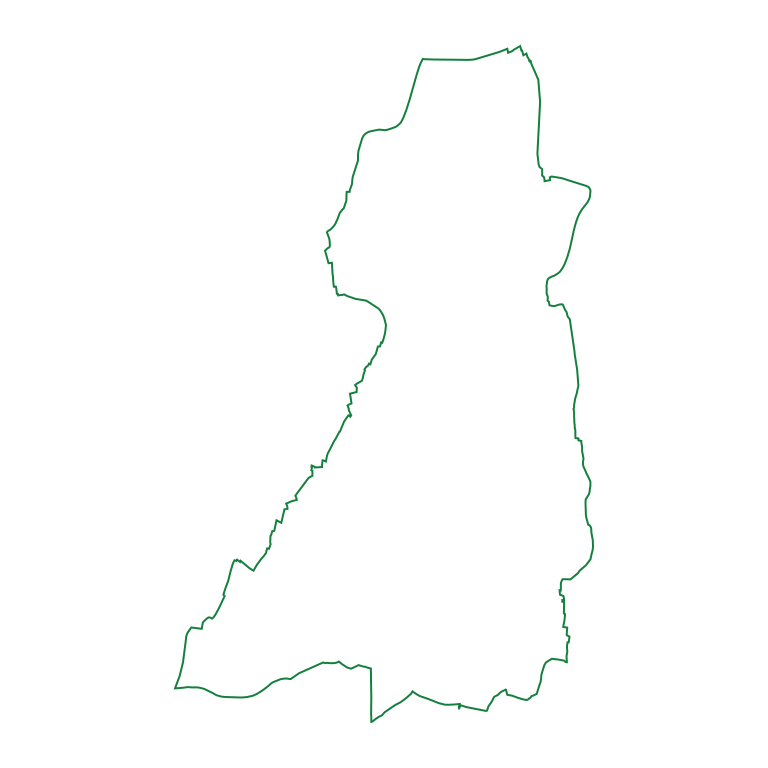 Sena, Phra Nakhon Si Ayutthaya, Thailand (Equal Earth projection)
{"feature_id": "78962969B95009717183464", "entity_name": "Sena", "entity_type": "district", "adm_level": 2, "iso_a3": "THA", "parent_name": "Thailand", "parent_adm1": "Phra Nakhon Si Ayutthaya", "projection": "equal_earth", "projection_center": [100.378, 14.308], "detail": "fine", "context": "isolated", "style": "outline", "palette": "green", "viewbox_px": 768, "rotation_deg": 0, "n_neighbors": 0, "source": "geoboundaries", "source_scale": "gbopen_adm2", "svg_char_len": 6085}
<svg xmlns="http://www.w3.org/2000/svg" viewBox="0 0 768 768"><path d="M538.3,79.7L531.5,64.1L530.6,60.8L530.5,60.7L529.6,61.4L529.4,61.2L528.7,58.9L527.5,57.0L526.4,53.6L523.4,55.3L522.1,50.6L521.5,50.7L520.1,46.1L513.7,49.8L513.1,50.5L511.6,51.4L508.1,52.8L507.3,48.8L499.2,52.0L475.3,59.2L472.8,59.6L469.0,59.9L433.3,59.5L424.3,59.2L422.8,58.9L420.8,62.8L418.9,67.6L416.4,75.6L409.7,99.4L406.5,109.4L403.6,117.1L401.3,121.8L400.6,122.8L397.6,125.7L396.0,126.7L392.8,128.0L387.3,129.8L384.6,130.2L380.3,129.7L378.7,129.7L370.4,131.3L368.3,132.0L366.4,133.1L365.0,134.1L363.3,136.1L362.2,138.3L358.5,150.6L358.0,154.9L358.0,160.2L357.8,161.1L352.7,177.0L352.3,180.0L352.1,183.3L351.9,184.4L350.0,189.6L349.7,191.6L349.6,191.9L346.9,191.8L346.6,192.0L346.4,199.4L346.3,200.8L343.8,208.2L342.3,209.7L339.9,212.7L339.3,214.1L337.6,218.9L335.3,223.9L333.7,226.2L330.5,229.5L328.0,231.0L327.1,232.0L327.0,232.6L329.2,238.4L329.6,240.5L329.9,245.6L329.4,247.3L327.8,248.1L325.0,250.6L326.7,256.4L328.5,263.2L331.9,262.8L332.6,274.7L333.0,276.3L333.2,281.0L333.8,286.6L334.0,286.8L335.8,286.6L336.0,286.8L336.6,291.0L336.8,293.6L336.9,293.8L337.8,293.8L338.1,295.4L342.8,294.8L344.1,294.4L347.4,296.1L355.6,298.9L365.6,300.5L367.1,301.1L378.4,308.5L379.2,309.2L381.3,312.1L382.8,314.7L383.7,316.8L384.3,318.5L386.0,325.1L385.3,331.4L384.8,334.1L383.8,338.0L382.3,342.7L381.2,342.3L380.0,346.4L377.9,346.5L375.8,354.0L371.7,359.8L370.4,364.3L369.0,363.6L368.0,365.6L367.5,366.1L366.0,367.1L364.5,369.3L364.5,369.8L364.9,370.3L364.9,370.6L363.5,374.5L362.7,378.5L361.9,380.8L357.2,383.5L355.9,384.3L355.1,385.1L356.8,387.6L356.6,392.0L350.0,393.7L351.5,403.4L348.9,404.6L347.5,405.5L348.8,408.9L348.7,409.8L351.2,415.5L350.2,416.7L348.9,415.3L348.4,415.3L344.1,421.5L340.0,431.5L339.4,431.8L335.7,438.7L334.0,441.3L329.0,451.2L327.8,453.3L326.9,456.2L325.9,461.5L323.6,460.5L322.6,460.3L322.0,465.2L322.1,467.0L315.0,467.5L314.9,466.9L311.7,465.5L311.5,467.1L312.0,467.5L311.3,470.2L312.4,470.9L312.4,475.8L309.4,477.4L308.1,478.5L295.4,495.6L296.8,499.5L296.8,499.9L292.0,501.1L286.2,503.6L287.3,506.5L287.5,508.8L284.4,509.4L281.3,522.8L276.5,520.3L274.3,530.7L274.0,531.1L272.3,531.1L271.1,535.1L270.5,535.8L270.2,542.1L270.6,544.2L269.0,548.8L267.7,548.4L267.1,548.4L265.9,553.1L263.6,556.3L261.3,558.8L256.8,564.9L253.5,570.7L248.9,567.8L248.3,567.2L240.6,560.8L240.1,562.0L237.1,559.6L236.8,559.8L236.4,560.9L234.5,560.3L233.1,563.0L232.4,565.0L230.4,572.0L228.3,580.5L224.8,590.1L223.5,594.5L223.5,595.0L224.5,595.8L224.6,596.2L218.9,608.2L215.7,614.2L213.8,617.0L212.1,618.6L211.7,618.5L209.8,617.4L208.5,617.5L207.2,618.2L204.1,621.1L202.8,622.7L201.7,628.8L191.3,627.5L187.7,632.5L186.9,634.3L186.1,637.1L186.1,638.1L183.0,662.3L179.7,675.9L175.0,688.4L183.4,687.7L187.7,687.1L192.1,687.4L197.7,687.4L200.4,687.9L204.2,688.9L212.5,692.9L216.4,695.2L221.5,696.6L225.4,697.0L237.6,697.4L241.7,697.5L246.7,697.1L252.6,695.8L254.8,694.9L256.9,693.9L260.8,691.5L264.3,689.1L268.6,685.7L271.3,683.3L273.3,682.1L280.3,679.3L283.2,678.7L286.6,678.5L290.6,679.1L299.1,673.2L323.1,662.5L324.4,662.9L325.6,663.1L326.9,662.8L330.2,663.2L334.5,663.1L336.4,662.7L338.9,661.6L342.0,664.1L345.4,666.4L347.5,667.6L351.1,668.7L358.6,665.1L363.6,666.7L365.3,666.7L367.3,667.6L370.9,668.5L371.0,679.4L371.3,696.7L371.1,715.2L371.3,715.9L371.3,721.9L372.7,721.4L375.7,718.9L379.1,716.7L382.0,715.3L384.8,712.1L395.2,705.0L400.6,702.2L403.4,700.2L406.5,697.8L411.0,693.8L412.5,691.4L415.9,693.8L419.9,696.1L427.8,698.8L438.7,703.1L444.4,704.6L448.0,704.8L454.0,704.5L459.8,704.0L459.8,704.5L458.9,706.4L458.9,707.8L459.1,708.4L459.3,708.2L460.3,705.8L460.6,705.4L461.2,705.4L465.7,706.9L467.4,707.3L485.8,710.9L486.6,710.9L487.1,710.5L488.4,706.4L490.5,703.4L492.2,700.8L493.9,697.3L494.4,696.7L497.9,694.9L500.4,692.4L501.2,691.8L505.7,689.6L506.1,689.9L507.0,693.9L507.3,694.7L507.5,694.9L512.3,695.7L517.6,697.7L523.1,699.4L526.1,699.9L527.3,699.9L528.0,699.5L529.0,698.6L530.5,697.7L531.3,696.4L531.7,696.0L533.0,695.7L536.7,693.9L539.8,684.0L540.5,682.2L541.0,679.5L541.3,675.3L541.9,672.9L544.3,665.3L545.9,662.5L547.0,661.7L551.9,658.8L558.7,659.6L564.0,660.6L565.7,662.1L566.9,662.2L566.5,656.1L567.3,652.0L567.0,647.6L567.0,646.0L567.5,642.4L568.5,642.5L568.7,642.3L569.5,637.0L569.4,636.6L566.9,635.3L566.7,634.9L567.2,627.6L563.2,626.9L563.8,623.5L564.3,621.5L565.0,615.6L564.9,613.9L563.9,613.5L564.1,602.1L562.3,601.8L562.3,600.0L564.1,600.0L563.8,597.5L563.3,595.9L560.0,594.7L559.6,590.4L560.6,590.8L560.8,590.7L560.9,582.8L562.4,579.3L565.4,579.2L570.5,579.4L578.2,572.9L579.7,570.6L585.9,565.3L590.5,559.2L591.3,555.2L592.7,549.7L593.0,546.6L592.8,540.4L591.4,532.7L591.3,530.0L591.1,528.1L590.7,527.0L589.6,525.3L588.3,524.8L586.4,518.0L585.9,515.0L585.5,502.8L585.7,499.4L588.7,494.6L589.3,493.1L589.6,491.7L589.8,488.9L590.4,486.2L590.4,482.0L590.1,480.9L587.8,475.9L586.6,473.8L585.4,470.8L583.7,467.1L583.1,465.1L582.9,463.9L583.0,462.0L583.5,458.5L582.1,451.1L582.1,447.0L581.3,442.1L581.3,440.9L578.5,440.4L578.3,439.9L578.6,438.9L578.4,438.5L577.6,438.2L575.8,438.2L575.5,438.1L575.4,437.8L575.3,429.9L574.8,428.2L574.7,424.9L574.4,423.4L574.1,415.7L574.1,412.0L573.5,408.9L574.1,407.7L574.1,405.1L575.2,398.5L576.8,393.2L577.2,391.1L578.4,385.8L577.1,369.3L574.7,354.3L574.5,351.4L569.8,319.3L567.8,316.7L567.4,315.5L566.5,311.9L565.1,309.9L563.0,305.0L562.7,304.5L562.0,304.3L559.5,304.5L555.5,305.8L553.6,306.1L550.0,305.5L549.5,305.1L548.9,301.8L547.6,300.7L547.8,296.9L547.6,296.1L546.8,294.0L546.6,293.0L546.7,289.8L546.5,285.8L547.1,281.4L547.7,279.5L548.4,278.5L550.8,277.0L554.2,275.7L555.7,274.8L557.9,273.4L559.8,271.9L562.5,268.2L564.7,264.0L567.4,256.8L569.4,250.1L570.3,246.6L573.7,230.9L575.0,225.9L576.2,221.6L578.0,216.6L579.6,213.3L582.1,209.2L587.3,202.6L589.2,199.0L589.9,196.8L590.5,190.5L589.4,188.0L588.3,186.8L586.2,185.9L561.5,178.1L551.6,176.5L549.8,177.4L550.1,180.1L544.6,181.2L544.3,178.1L543.7,176.9L542.1,175.5L542.2,173.8L542.2,169.1L539.6,167.1L538.7,164.6L537.4,153.8L540.1,102.0L538.3,79.7Z" fill="none" stroke="#15803d" stroke-width="2"/></svg>